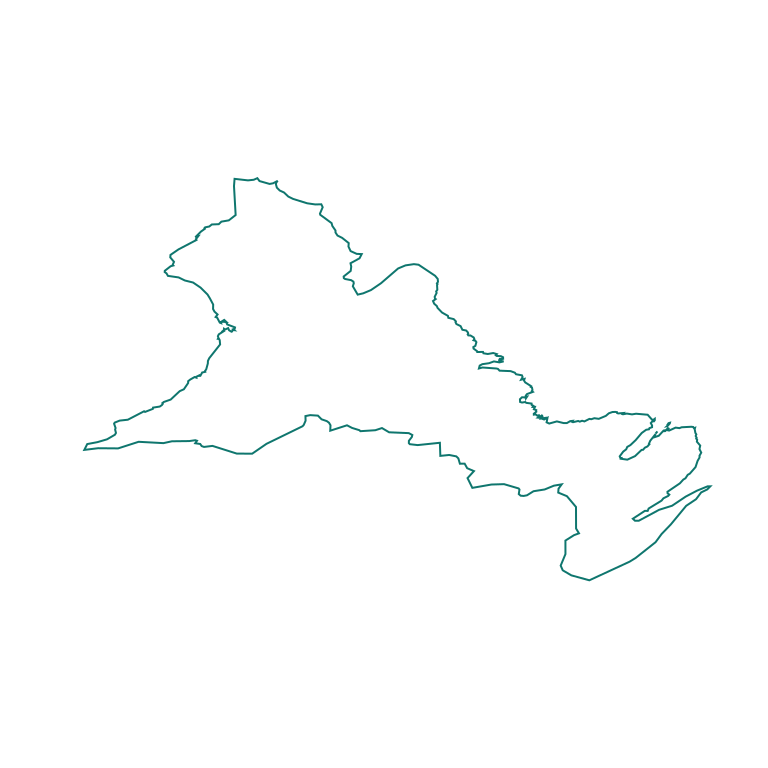 Strandabyggð, Vestfirðir, Iceland (Robinson projection), rotated 351°
{"feature_id": "244011B90835463390859", "entity_name": "Strandabyggð", "entity_type": "district", "adm_level": 2, "iso_a3": "ISL", "parent_name": "Iceland", "parent_adm1": "Vestfirðir", "projection": "robinson", "projection_center": [-21.814, 65.764], "detail": "fine", "context": "isolated", "style": "outline", "palette": "teal", "viewbox_px": 768, "rotation_deg": 351, "n_neighbors": 0, "source": "geoboundaries", "source_scale": "gbopen_adm2", "svg_char_len": 6165}
<svg xmlns="http://www.w3.org/2000/svg" viewBox="0 0 768 768"><g transform="rotate(351 384 384)"><path d="M605.3,595.2L627.5,582.7L634.7,575.6L645.4,567.5L663.4,551.6L674.2,546.6L680.3,540.7L686.8,538.7L690.3,536.1L687.6,535.7L676.5,538.3L664.4,542.4L649.5,549.3L636.0,551.3L614.3,558.9L610.5,558.3L608.7,556.0L621.8,550.1L624.6,550.6L625.9,548.4L639.9,542.6L642.1,540.6L647.2,539.0L648.5,537.9L647.0,536.3L647.1,534.8L660.7,528.4L664.7,525.2L667.0,524.3L669.8,521.2L672.0,520.4L678.7,514.8L681.7,509.0L684.2,505.9L684.4,504.2L686.6,501.4L685.4,497.6L686.7,494.3L684.0,489.9L684.6,488.0L683.8,486.8L684.4,486.1L683.7,484.1L684.6,482.6L683.9,481.1L683.8,477.2L684.4,475.9L683.2,476.1L682.6,474.8L680.8,474.3L671.2,473.3L668.9,473.8L665.2,472.7L658.3,474.6L656.8,474.0L658.1,472.5L657.5,472.0L654.4,474.5L653.2,474.4L653.8,473.7L652.9,473.7L647.3,478.1L642.5,478.9L644.3,476.0L638.1,481.7L636.3,484.5L636.7,485.0L634.4,486.9L631.7,487.7L629.6,489.5L628.1,489.4L620.7,494.5L612.5,496.8L606.3,494.9L606.8,494.2L605.9,494.1L605.5,492.3L609.7,488.2L613.0,486.4L614.4,484.2L617.8,482.9L623.8,478.8L630.9,472.7L635.8,470.2L638.6,470.2L639.3,469.1L642.0,468.6L642.3,466.9L641.4,464.3L643.2,462.9L644.8,463.1L645.8,462.1L646.0,460.7L644.5,461.5L643.1,461.1L639.6,455.6L628.3,452.8L624.2,452.8L619.2,451.2L615.3,451.3L614.9,451.1L616.1,450.1L610.6,449.7L609.6,449.0L609.7,448.3L608.4,447.8L605.3,447.4L601.5,448.1L598.1,450.2L590.7,452.0L586.4,450.7L583.2,451.2L581.4,450.6L576.1,452.3L573.9,451.3L571.5,451.8L570.0,450.9L564.7,451.3L563.7,450.7L564.5,449.9L562.1,449.8L558.5,451.2L555.3,450.7L548.9,448.0L541.0,448.9L538.6,447.3L540.2,442.9L536.6,444.1L535.5,443.5L536.7,442.7L533.8,442.7L536.0,440.6L533.4,442.1L535.7,439.4L533.3,440.5L533.1,441.9L530.8,441.3L532.6,440.3L532.2,439.1L530.4,439.2L529.0,437.7L527.2,437.7L527.3,436.8L530.8,434.8L529.9,434.9L530.3,433.6L528.1,432.4L529.5,430.2L527.3,429.9L528.1,428.9L526.6,427.8L526.7,426.4L521.6,424.9L520.7,423.9L517.4,423.9L515.6,423.0L515.9,420.3L518.2,418.7L522.2,419.5L522.1,420.2L523.2,419.0L521.6,419.2L522.2,417.7L523.7,416.3L529.8,415.1L528.9,414.1L529.7,413.2L529.6,410.7L528.5,409.8L529.0,409.2L523.7,404.5L522.8,402.4L523.6,400.9L520.1,401.2L522.0,398.8L521.6,397.0L515.9,395.0L515.0,393.3L511.1,391.1L500.2,388.9L498.9,386.9L497.5,386.3L483.8,383.1L480.2,383.5L481.4,380.8L484.2,379.8L491.0,379.9L496.1,378.9L501.4,380.7L505.7,380.4L501.6,379.2L501.4,378.5L502.3,377.3L505.6,377.7L505.8,376.2L503.8,374.8L499.7,373.9L498.9,373.1L500.1,372.1L496.7,370.5L491.2,370.6L487.0,369.2L486.8,367.8L481.1,367.0L481.1,366.2L478.0,363.0L478.0,361.5L480.2,360.6L481.8,357.1L481.1,355.7L479.3,354.8L480.3,353.9L479.9,352.1L477.0,349.6L474.9,349.2L474.4,348.1L475.1,347.2L474.9,346.1L473.5,344.0L469.9,342.7L468.7,338.8L464.9,336.1L464.3,334.2L464.8,333.4L463.0,330.8L457.9,328.7L457.8,326.7L452.5,322.5L448.8,317.2L448.4,315.3L446.1,312.5L445.4,309.7L448.3,308.2L447.7,307.6L447.7,305.8L450.2,302.3L450.0,300.7L451.4,299.3L451.9,294.4L452.5,293.7L452.0,292.9L453.3,291.5L453.5,288.6L451.4,285.1L436.8,271.6L432.3,270.3L423.8,270.2L416.0,272.1L396.8,284.0L385.8,289.2L377.6,291.2L372.0,291.6L368.5,282.6L369.9,279.8L369.8,278.1L367.8,276.3L362.0,274.2L360.9,273.2L361.0,271.5L368.8,267.1L370.0,262.9L369.8,259.5L379.5,256.0L382.3,252.2L377.4,251.2L371.8,247.5L370.4,242.7L371.2,239.3L365.5,233.1L361.3,230.1L359.8,226.8L360.1,224.8L357.7,219.8L357.4,216.9L347.5,206.9L347.4,205.7L351.1,199.8L350.2,196.7L344.2,195.9L336.4,193.5L323.2,187.0L318.8,183.9L315.2,179.2L311.3,176.6L308.9,173.3L308.5,169.8L309.1,168.2L310.8,166.7L305.9,168.4L302.3,168.5L292.8,164.1L291.1,160.9L287.3,161.9L281.5,161.6L268.5,158.0L266.8,165.1L263.9,193.9L256.3,198.1L248.8,198.2L245.8,200.3L238.9,199.5L236.1,201.1L231.8,201.3L231.0,202.0L231.3,202.7L227.1,204.8L220.6,209.5L223.5,209.1L220.9,211.5L221.3,212.4L202.1,218.9L193.3,223.1L192.7,225.5L195.7,230.5L193.8,233.4L194.3,234.0L191.7,234.3L185.2,237.9L184.9,239.1L186.5,240.7L187.5,243.4L197.8,246.6L203.5,250.6L211.3,253.9L217.9,260.1L223.7,268.0L225.4,272.1L227.7,278.8L226.9,283.2L227.9,286.0L230.5,289.3L228.2,291.5L229.6,292.4L231.4,297.7L232.6,298.4L232.4,297.2L235.6,297.5L233.9,296.7L236.2,295.7L237.9,297.9L235.8,297.4L238.3,298.9L238.4,300.6L245.7,304.8L245.2,306.0L243.7,306.3L244.6,307.4L242.9,306.9L242.3,308.3L241.5,308.5L239.4,306.7L238.8,304.4L234.7,305.6L235.1,304.9L234.6,304.4L234.2,305.8L233.0,306.5L233.7,306.9L228.6,309.1L227.4,310.8L227.7,312.5L227.0,313.4L228.2,313.8L228.6,315.0L228.3,319.3L215.4,331.2L213.7,333.7L213.2,336.2L210.7,341.7L209.3,343.1L209.4,344.0L206.2,344.2L203.9,347.2L202.0,347.0L204.0,346.2L199.7,347.5L199.7,348.4L198.0,347.5L193.3,349.3L191.0,350.6L190.7,352.4L185.5,357.9L181.1,359.1L170.9,366.0L163.7,367.3L162.1,368.2L162.4,369.0L161.3,370.1L159.0,371.2L152.2,371.2L151.8,372.4L143.6,374.2L142.8,373.4L125.4,379.2L117.2,378.8L112.0,380.0L111.2,381.0L112.0,385.5L111.3,386.9L111.6,390.4L110.3,392.0L101.8,395.3L91.8,396.6L81.5,396.9L77.7,402.2L91.5,402.7L111.3,406.0L132.6,402.7L156.9,407.9L165.6,407.4L182.7,409.9L188.8,410.0L190.4,410.8L188.3,413.0L193.1,414.5L194.2,416.8L196.4,418.0L204.9,418.3L227.7,429.7L242.9,432.2L258.6,424.7L296.9,413.0L298.3,411.9L300.8,408.0L301.4,403.4L306.2,403.2L313.8,404.9L316.8,409.1L321.7,411.7L323.6,413.6L324.7,416.4L323.6,421.7L341.0,419.0L345.6,422.4L352.5,425.8L353.3,426.9L368.2,428.3L375.1,427.2L381.5,432.5L400.8,436.4L404.0,438.8L403.2,440.7L399.7,444.0L399.3,446.3L400.1,447.5L407.7,449.6L430.0,450.8L428.4,463.8L437.3,464.3L444.1,466.8L445.8,469.1L446.5,474.6L451.2,475.3L453.0,480.2L459.2,484.1L451.8,490.0L455.0,500.4L474.4,500.1L486.9,501.7L500.6,508.2L501.3,509.4L499.9,513.8L501.5,515.7L504.4,516.4L507.8,516.3L514.9,513.3L526.2,513.3L535.9,511.0L543.8,510.9L540.0,514.7L539.1,518.5L547.1,523.4L554.4,535.5L551.1,556.8L553.2,562.0L548.1,563.0L538.7,567.0L536.6,580.4L530.1,591.0L531.4,596.0L539.1,602.3L556.1,610.0L598.8,597.9L605.3,595.2ZM657.3,470.0L660.1,467.7L660.4,467.0L658.9,467.2L657.6,468.6L658.0,469.2L656.8,470.0L657.3,470.0ZM505.1,377.8L503.3,377.7L502.6,378.1L505.1,377.8ZM644.4,475.5L645.7,474.5L646.6,473.6L644.4,475.5Z" fill="none" stroke="#0f766e" stroke-width="2"/></g></svg>